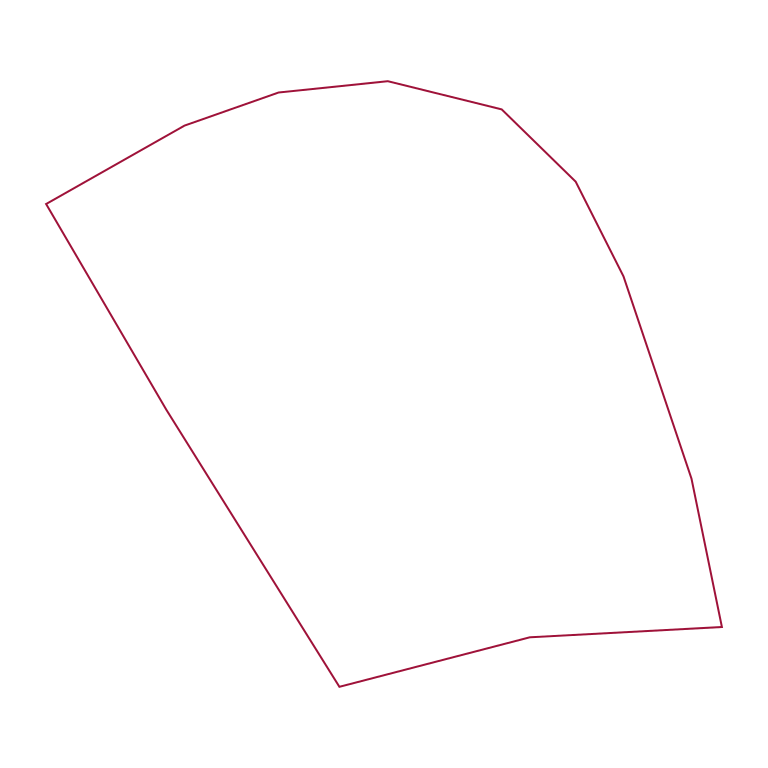 the border of Mosteiros
{"feature_id": "CPV-5043", "entity_name": "Mosteiros", "entity_type": "state/province", "adm_level": 1, "iso_a3": "CPV", "parent_name": "Cabo Verde", "parent_adm1": "", "projection": "robinson", "projection_center": [-24.364, 14.995], "detail": "fine", "context": "isolated", "style": "outline", "palette": "rose", "viewbox_px": 768, "rotation_deg": 0, "n_neighbors": 0, "source": "natural_earth", "source_scale": "10m", "svg_char_len": 279}
<svg xmlns="http://www.w3.org/2000/svg" viewBox="0 0 768 768"><path d="M46.1,204.0L184.5,125.6L278.6,92.5L387.8,81.2L501.7,109.4L575.7,181.7L623.5,276.4L691.5,478.7L721.9,627.0L529.8,637.3L339.4,686.8L166.3,409.7L46.1,204.0Z" fill="none" stroke="#9f1239" stroke-width="2"/></svg>